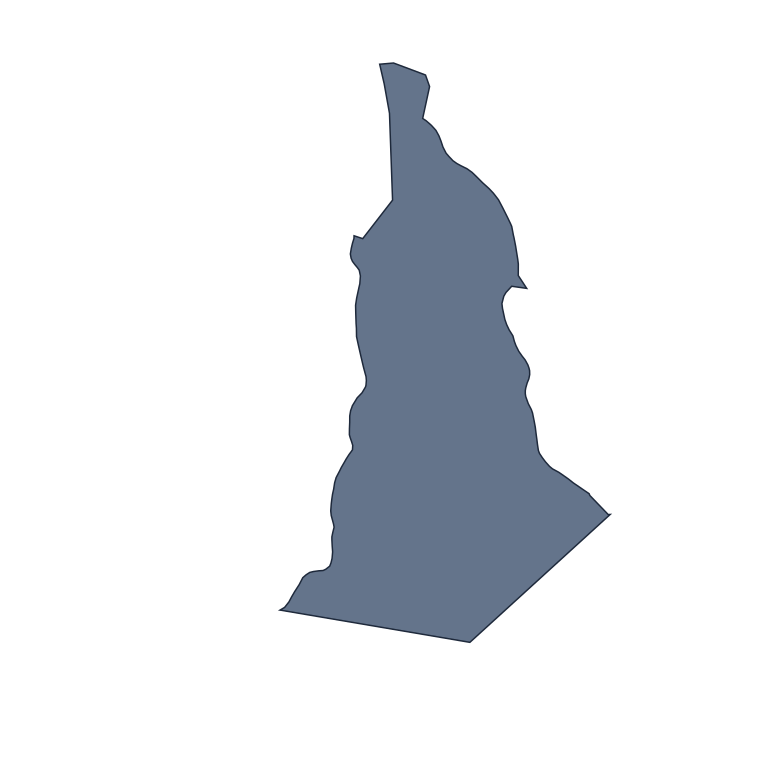 Rock Hall, Castries, Saint Lucia (Mercator projection), rotated 323°
{"feature_id": "8701671B3640054805688", "entity_name": "Rock Hall", "entity_type": "district", "adm_level": 2, "iso_a3": "LCA", "parent_name": "Saint Lucia", "parent_adm1": "Castries", "projection": "mercator", "projection_center": [-60.989, 14.001], "detail": "fine", "context": "isolated", "style": "filled", "palette": "slate", "viewbox_px": 768, "rotation_deg": 323, "n_neighbors": 0, "source": "geoboundaries", "source_scale": "gbopen_adm2", "svg_char_len": 2187}
<svg xmlns="http://www.w3.org/2000/svg" viewBox="0 0 768 768"><g transform="rotate(323 384 384)"><path d="M486.1,624.3L484.5,623.2L481.3,596.9L481.8,595.1L475.7,577.0L474.0,570.5L470.5,559.8L467.5,553.2L466.6,549.4L466.1,543.4L466.1,538.0L466.4,533.0L467.3,530.0L470.1,524.8L472.7,520.3L475.5,515.3L478.8,509.6L481.5,504.2L485.2,496.5L486.3,493.0L487.4,486.5L489.6,479.4L491.0,476.8L492.8,474.4L494.9,472.4L499.0,469.3L502.7,467.1L506.0,464.2L508.3,461.0L509.4,458.5L510.4,455.3L511.2,449.7L511.1,444.8L511.3,439.0L512.5,432.6L513.8,428.3L515.9,423.2L516.2,420.0L516.5,416.2L517.7,410.4L519.4,405.1L524.1,395.0L526.6,390.7L532.5,386.0L536.5,384.3L539.9,383.7L544.8,382.8L555.5,393.5L556.5,378.2L563.5,369.0L565.8,365.0L569.5,358.0L572.1,353.1L575.9,345.3L576.9,343.0L580.8,335.1L581.5,332.3L582.9,325.3L584.8,315.0L586.3,305.8L586.2,297.5L585.5,291.2L583.8,282.3L582.8,275.0L581.7,268.0L579.9,262.2L576.8,256.0L574.9,251.8L573.4,247.1L573.2,244.9L572.9,242.4L572.8,241.6L572.5,237.0L573.7,230.2L575.7,224.3L577.2,218.9L578.1,212.7L577.5,205.9L576.1,199.2L574.7,195.2L599.4,173.9L603.1,162.2L584.8,133.4L573.0,126.0L564.8,144.4L551.3,171.1L501.5,242.3L454.5,255.1L449.3,247.6L447.6,249.7L443.7,252.5L439.6,255.9L435.4,259.9L433.4,263.8L432.6,267.2L432.6,271.2L432.8,274.9L432.7,278.2L430.2,283.5L425.0,289.4L422.0,291.9L413.9,298.9L408.7,304.0L404.1,310.4L398.1,318.9L395.5,322.9L390.6,329.6L386.9,337.6L382.1,348.3L379.1,355.1L377.5,358.8L375.0,365.0L374.1,367.3L372.0,370.6L368.9,374.1L367.5,375.2L361.2,377.8L354.3,378.9L345.7,382.3L343.8,383.6L341.3,385.2L337.4,388.9L333.6,393.9L329.5,398.9L325.8,403.7L324.7,406.5L323.4,410.6L322.1,414.2L319.2,417.6L313.6,419.3L308.5,421.2L306.0,422.3L299.6,425.0L296.5,426.6L289.5,429.9L285.1,433.2L280.6,437.6L276.5,441.1L272.8,444.8L269.9,447.8L265.1,453.3L262.7,457.3L260.9,461.8L259.4,465.5L258.0,468.3L253.7,471.8L250.4,474.7L248.6,477.1L245.0,482.4L241.9,487.2L237.6,492.0L234.1,494.9L231.0,496.8L226.0,496.9L223.1,496.3L219.6,494.0L214.8,491.3L211.3,489.8L206.9,489.5L202.6,489.8L195.5,493.2L187.6,496.1L181.9,498.5L177.0,500.8L170.2,502.6L164.9,502.0L297.1,642.0L486.1,624.3Z" fill="#64748b" stroke="#1e293b" stroke-width="1.5"/></g></svg>